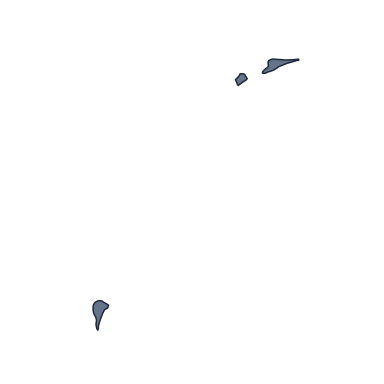 outline of Amatuku, Tuvalu, rotated 293°
{"feature_id": "33948139B56482172223840", "entity_name": "Amatuku", "entity_type": "district", "adm_level": 2, "iso_a3": "TUV", "parent_name": "Tuvalu", "parent_adm1": "", "projection": "albers", "projection_center": [179.158, -8.434], "detail": "fine", "context": "isolated", "style": "filled", "palette": "slate", "viewbox_px": 384, "rotation_deg": 293, "n_neighbors": 0, "source": "geoboundaries", "source_scale": "gbopen_adm2", "svg_char_len": 1725}
<svg xmlns="http://www.w3.org/2000/svg" viewBox="0 0 384 384"><g transform="rotate(293 192 192)"><path d="M54.6,147.7L53.0,146.2L51.6,145.6L49.1,145.4L46.1,146.4L43.2,148.0L41.5,149.4L40.6,150.5L39.5,151.9L37.9,153.3L36.8,154.2L33.3,155.1L31.5,156.0L28.8,158.0L28.2,159.2L29.7,159.2L31.9,158.3L34.2,157.9L38.0,157.5L40.7,157.4L45.1,157.2L48.6,157.4L50.3,157.9L51.3,159.1L52.6,159.7L55.2,159.4L55.7,156.8L55.9,153.8L56.5,151.9L56.0,149.8L55.5,148.5L54.6,147.7ZM329.2,210.3L329.0,210.6L329.1,211.0L329.2,211.3L329.2,211.6L329.4,211.9L329.7,212.3L330.0,213.0L330.4,213.6L331.0,213.9L331.3,214.2L331.8,214.7L332.4,215.2L333.1,216.3L333.9,217.1L335.0,218.4L335.7,219.0L336.6,219.9L337.9,220.7L338.8,221.4L339.5,221.9L340.3,222.2L341.6,223.2L347.6,229.2L351.3,233.9L351.5,234.2L352.0,234.6L352.5,235.2L352.8,235.7L353.6,236.4L354.2,237.5L354.3,237.9L354.5,238.2L354.8,238.3L355.0,238.6L355.4,238.6L355.6,238.5L355.8,238.3L355.7,237.9L355.6,237.5L354.8,236.3L352.0,230.8L350.8,228.1L350.0,226.4L349.2,224.1L348.5,221.8L346.7,216.7L346.5,216.2L346.3,215.5L345.8,214.1L345.3,213.5L345.0,213.1L344.4,212.6L343.8,212.1L343.4,211.6L342.8,211.3L342.5,211.2L341.9,211.2L341.5,211.2L340.6,211.5L340.3,211.8L339.8,212.1L339.3,212.2L338.9,212.6L338.1,212.9L337.4,213.0L336.6,213.0L336.2,213.0L335.7,212.7L335.4,212.3L335.0,212.0L334.1,211.5L333.1,211.1L332.1,210.7L331.6,210.5L330.6,210.2L330.0,210.1L329.2,210.3ZM312.0,188.4L311.4,189.1L310.7,190.1L309.8,190.8L308.6,191.9L308.2,192.9L309.5,193.7L310.8,194.5L312.8,195.7L314.5,196.8L315.5,197.6L316.8,198.3L317.9,198.5L319.5,196.3L320.9,194.4L320.5,191.9L319.7,190.4L319.0,189.9L317.6,190.1L314.9,189.2L312.5,188.1L312.0,188.4Z" fill="#64748b" stroke="#1e293b" stroke-width="1.5"/></g></svg>